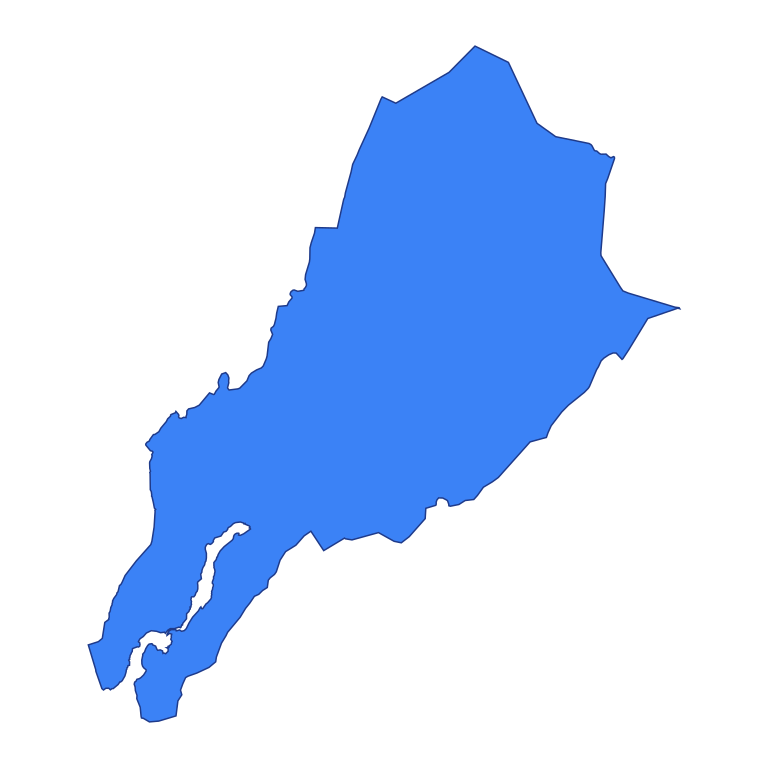 outline of Modalen nor, Hordaland, Norway
{"feature_id": "86288312B70399865031783", "entity_name": "Modalen nor", "entity_type": "district", "adm_level": 2, "iso_a3": "NOR", "parent_name": "Norway", "parent_adm1": "Hordaland", "projection": "orthographic", "projection_center": [5.762, 60.88], "detail": "fine", "context": "isolated", "style": "filled", "palette": "blue", "viewbox_px": 768, "rotation_deg": 0, "n_neighbors": 0, "source": "geoboundaries", "source_scale": "gbopen_adm2", "svg_char_len": 6123}
<svg xmlns="http://www.w3.org/2000/svg" viewBox="0 0 768 768"><path d="M110.4,689.8L112.0,688.6L113.2,688.6L118.1,684.5L119.9,681.9L120.6,682.0L122.2,680.7L124.9,676.0L126.1,671.9L126.3,669.9L126.8,669.2L127.0,667.8L127.6,667.3L128.0,665.6L129.5,665.3L129.6,661.8L128.7,660.1L129.7,659.3L129.4,658.0L129.9,657.3L130.1,655.4L131.2,653.6L131.2,653.0L132.2,651.6L132.5,648.6L137.3,646.8L138.6,647.0L139.7,646.2L140.0,644.4L139.6,642.4L138.8,642.2L138.4,641.7L138.5,641.3L140.0,638.8L143.3,636.5L146.4,633.0L151.2,630.7L156.6,631.3L160.6,632.7L164.5,632.2L165.3,633.3L167.8,630.2L170.3,628.6L174.6,628.6L179.0,627.1L180.5,627.7L181.0,627.2L181.7,624.9L182.5,625.0L182.8,623.3L186.5,618.8L186.6,613.7L188.9,611.5L189.6,609.4L190.1,609.2L190.3,608.4L190.0,607.1L190.9,607.0L191.1,605.2L191.5,604.4L191.2,603.0L191.5,601.5L190.8,599.5L191.2,598.6L191.2,597.4L191.8,596.8L193.8,596.8L195.1,595.2L196.0,592.6L197.2,591.2L197.8,588.9L197.8,585.3L197.5,583.1L197.8,581.9L201.4,578.8L200.7,574.1L201.8,572.3L202.0,570.2L202.9,567.6L204.6,564.9L205.2,562.0L205.9,561.1L206.4,557.9L206.4,553.4L205.3,549.4L205.3,547.2L206.2,545.3L207.0,544.2L208.4,543.6L210.2,544.4L211.6,543.7L213.4,541.7L213.3,540.4L214.8,537.9L221.0,536.0L223.6,532.1L226.1,531.3L227.6,529.5L227.7,528.6L228.4,527.5L230.5,526.4L233.4,523.6L235.5,522.6L240.4,522.0L243.4,523.0L244.5,524.6L244.1,523.7L245.1,523.4L245.6,524.4L249.4,526.0L250.0,526.9L249.3,527.9L250.2,528.3L250.5,529.0L243.7,533.8L240.2,535.4L238.6,535.1L239.0,533.8L238.7,533.2L236.9,533.2L235.2,534.0L234.3,534.9L233.7,536.1L233.3,538.6L232.1,540.3L224.2,546.6L220.3,550.8L218.2,554.4L217.4,556.9L216.8,557.2L216.3,559.5L213.9,562.5L213.9,565.7L214.1,566.4L213.9,567.2L214.8,569.8L215.0,571.7L214.5,573.7L214.4,575.2L213.5,576.8L213.6,578.5L212.4,581.8L212.3,583.2L213.3,584.4L213.3,586.1L212.7,587.6L212.5,589.4L211.6,591.4L211.8,592.5L211.5,593.7L211.8,594.5L211.3,596.2L211.5,597.3L210.9,598.9L207.5,602.9L206.1,603.8L202.7,608.7L201.5,608.5L200.9,606.9L200.1,607.7L198.4,610.9L192.7,617.1L189.0,623.0L186.3,628.6L184.3,630.6L181.6,631.3L179.6,630.0L176.7,630.8L176.2,630.8L176.1,630.0L175.5,629.6L171.0,629.7L169.0,631.0L167.0,634.3L167.0,635.4L169.5,633.4L171.7,634.2L171.2,636.2L171.4,637.2L170.8,639.3L172.1,641.4L171.5,642.5L171.3,644.2L169.1,645.9L169.1,647.0L168.3,647.2L168.0,646.7L167.5,647.6L166.7,647.7L168.1,648.5L168.1,651.3L165.7,653.7L163.7,653.0L163.0,653.4L162.5,650.9L160.3,649.9L157.7,650.3L157.0,649.5L155.6,646.1L152.7,644.9L152.4,644.0L151.6,643.7L149.1,644.1L147.7,645.5L145.8,648.6L144.5,652.1L142.7,654.2L142.8,655.1L141.8,660.0L141.9,663.9L142.6,666.2L143.7,667.8L146.1,669.8L146.1,671.1L143.6,675.0L140.9,677.6L139.2,678.7L136.9,679.3L136.0,681.2L134.7,682.1L134.2,684.2L135.1,686.9L135.4,690.7L137.0,695.4L136.8,698.7L140.2,707.2L141.1,716.5L141.5,718.0L143.3,718.3L149.4,721.9L158.7,721.1L176.0,715.9L177.9,700.9L181.8,694.8L180.5,690.1L182.8,683.8L185.6,677.6L188.0,676.2L197.0,673.0L209.0,667.4L215.7,661.8L216.4,657.0L221.5,643.1L226.0,635.7L227.6,632.3L240.1,617.3L245.6,608.3L249.8,603.1L254.4,596.3L258.8,594.3L262.6,590.5L267.3,587.5L268.3,580.2L270.2,577.8L274.5,574.4L276.3,571.8L280.1,560.1L285.6,551.6L295.9,545.2L304.2,535.8L310.9,531.2L323.7,550.6L344.5,538.1L345.4,538.8L352.0,539.9L378.5,532.6L394.1,541.3L401.3,542.8L409.2,536.7L425.2,518.6L425.8,508.3L435.8,505.3L436.2,504.2L436.2,502.0L436.9,500.0L438.6,497.9L442.7,498.0L446.4,499.9L447.5,500.7L448.7,504.0L448.9,505.8L450.4,506.2L458.9,504.5L465.2,500.5L473.8,499.5L477.4,495.5L483.4,487.2L492.4,481.8L498.3,477.5L530.1,441.9L546.4,437.4L548.1,432.5L551.2,425.7L561.8,411.9L568.4,405.2L584.3,392.4L588.2,388.4L589.4,386.6L596.6,369.7L598.4,366.8L601.1,360.9L603.9,358.1L608.8,354.8L613.0,353.0L614.5,353.0L616.2,353.1L622.0,359.4L622.9,358.7L628.8,349.7L647.8,318.5L677.8,308.2L679.7,308.7L679.1,307.7L675.1,307.2L628.3,293.1L622.9,290.9L620.4,287.3L602.1,257.5L601.0,255.6L600.8,252.8L604.2,210.9L605.2,196.2L605.6,183.6L607.6,178.8L614.5,158.6L614.4,157.1L613.5,156.6L610.9,157.8L608.8,156.6L606.1,154.1L600.9,154.2L599.5,153.5L596.7,151.0L595.2,150.9L594.2,150.1L592.0,145.8L591.0,144.6L589.1,143.5L555.7,136.7L537.0,123.3L508.4,62.4L475.0,46.1L449.1,72.3L395.8,103.2L382.2,96.9L380.9,99.2L369.1,128.2L359.3,149.6L357.1,155.1L352.7,164.3L351.1,171.9L345.4,192.8L344.7,197.1L343.7,199.3L337.3,228.1L315.4,227.6L314.5,233.2L311.3,242.6L310.0,247.7L309.8,258.9L309.4,262.1L305.6,274.6L305.1,279.4L306.4,283.7L306.4,285.5L305.4,287.5L304.1,288.9L303.8,290.3L297.8,291.3L294.2,290.0L292.9,290.2L291.0,291.7L290.2,293.4L290.2,294.7L292.0,296.8L292.0,298.1L288.8,301.9L287.1,305.6L278.3,306.4L276.7,313.0L276.0,318.2L274.4,324.5L273.5,326.3L271.1,328.2L270.8,330.0L272.6,334.4L270.9,338.6L268.7,342.2L267.1,355.9L266.3,358.8L263.3,365.9L261.4,367.9L256.6,369.9L251.4,373.1L249.1,375.6L246.9,380.9L239.7,388.2L237.7,388.9L229.1,390.0L227.7,388.3L227.6,387.5L228.8,382.8L228.6,381.1L228.9,378.0L227.8,374.9L225.7,372.6L221.7,374.0L218.9,379.5L218.2,382.5L219.1,386.9L218.8,387.7L216.0,391.1L214.3,394.3L213.5,394.5L209.5,392.9L199.2,405.2L194.7,407.5L188.6,408.9L186.9,410.9L186.8,414.4L186.0,416.6L186.0,417.6L183.7,417.3L181.3,418.5L179.3,418.0L178.5,416.9L178.9,415.7L178.6,414.5L175.9,411.4L175.3,412.8L171.1,414.5L170.6,415.0L170.5,416.2L167.7,418.8L166.3,421.6L160.8,428.2L158.9,431.7L155.0,434.4L153.4,434.6L149.9,439.4L149.4,440.9L146.9,442.4L145.7,444.1L145.9,445.2L150.4,450.7L152.3,451.2L152.8,451.7L152.9,452.6L151.7,454.8L152.2,455.7L151.5,458.6L149.8,461.7L149.6,462.9L149.8,468.5L150.5,471.3L149.8,472.5L150.1,473.6L150.3,489.8L151.3,491.6L151.7,494.8L151.6,496.2L152.0,496.7L153.4,502.8L154.4,508.1L155.7,509.3L154.9,510.2L155.1,511.4L154.1,527.1L151.9,541.2L150.8,544.6L136.3,560.9L125.1,575.5L122.1,582.3L120.8,584.6L119.5,585.5L118.0,591.8L117.0,592.8L116.6,594.6L113.8,598.4L112.5,601.1L112.7,601.8L112.1,603.6L112.1,604.7L110.8,607.5L110.1,611.4L109.1,613.1L109.2,617.2L108.7,618.8L108.8,619.4L104.8,622.4L102.3,638.4L98.3,641.7L88.3,644.9L95.7,669.6L95.9,671.4L101.9,688.6L103.5,690.0L105.8,688.3L108.7,688.2L110.4,689.8Z" fill="#3b82f6" stroke="#1e3a8a" stroke-width="1.5"/></svg>